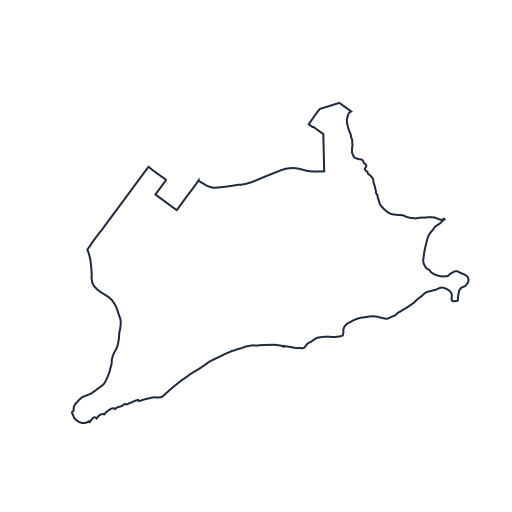 South Perth, Western Australia, Australia, rotated 261°
{"feature_id": "25037944B33468423524116", "entity_name": "South Perth", "entity_type": "district", "adm_level": 2, "iso_a3": "AUS", "parent_name": "Australia", "parent_adm1": "Western Australia", "projection": "albers", "projection_center": [115.863, -31.999], "detail": "fine", "context": "isolated", "style": "outline", "palette": "slate", "viewbox_px": 512, "rotation_deg": 261, "n_neighbors": 0, "source": "geoboundaries", "source_scale": "gbopen_adm2", "svg_char_len": 6061}
<svg xmlns="http://www.w3.org/2000/svg" viewBox="0 0 512 512"><g transform="rotate(261 256 256)"><path d="M389.6,340.1L378.6,329.3L377.8,328.7L374.5,332.0L374.5,333.1L374.2,333.2L367.7,339.7L366.0,341.6L350.6,339.5L328.9,336.6L330.1,328.1L330.9,324.0L331.5,321.6L332.3,319.3L333.2,317.2L335.5,312.1L336.6,308.5L337.1,306.6L337.4,303.5L337.5,301.2L337.5,299.5L337.1,296.0L336.8,294.1L332.5,275.1L332.0,273.3L330.0,265.0L329.3,261.2L328.9,257.7L328.8,255.7L328.7,251.7L329.1,250.6L329.1,243.2L329.2,235.5L329.9,225.3L330.7,222.9L331.8,220.5L333.1,218.4L336.0,215.0L337.0,213.9L337.1,213.5L337.4,213.1L339.3,211.3L339.8,211.3L338.9,210.5L333.0,204.6L326.1,197.4L313.7,184.9L318.0,180.5L332.5,166.3L344.8,178.8L345.4,178.9L345.9,178.5L356.8,167.5L360.9,163.8L360.5,163.3L307.5,109.4L306.2,108.2L304.0,105.6L296.4,97.7L293.2,94.6L292.9,94.6L288.8,90.5L284.4,91.3L281.2,91.6L280.5,91.6L277.6,91.8L269.3,91.4L263.3,90.8L259.9,90.1L255.6,90.1L251.7,91.2L248.3,93.6L245.8,95.7L238.5,104.0L237.5,104.7L236.6,105.5L235.7,106.3L234.2,107.2L233.1,107.7L230.1,109.1L228.9,109.4L227.8,109.8L226.7,110.1L214.8,112.2L213.4,112.2L209.8,111.7L208.9,111.5L204.3,110.1L203.8,109.9L202.5,109.2L201.0,108.8L196.2,107.8L191.9,106.3L191.1,106.1L189.2,105.2L187.0,104.1L185.7,103.2L183.8,101.6L182.2,100.5L179.4,98.7L178.7,98.5L176.2,97.4L172.5,96.6L170.4,95.8L167.9,94.6L166.4,94.0L164.2,93.0L161.5,91.5L160.4,90.8L158.2,89.5L155.0,87.2L153.5,85.8L152.4,84.2L149.4,78.4L148.2,76.3L147.0,73.7L146.0,71.8L145.0,67.9L144.0,63.2L143.7,62.1L143.5,61.8L141.3,58.3L140.9,58.0L138.9,55.4L137.5,53.8L135.7,52.6L133.8,52.0L133.1,52.0L132.3,51.8L131.7,51.5L131.4,51.2L130.7,50.0L130.5,49.8L129.8,49.8L127.6,50.2L126.8,50.6L126.5,50.6L126.1,50.8L124.8,51.0L123.7,51.6L121.4,53.4L119.7,55.3L119.2,56.1L118.5,57.7L118.2,58.6L117.9,60.4L117.9,62.1L118.2,63.4L118.7,64.4L118.9,64.8L117.9,65.4L117.8,65.7L119.1,66.8L121.1,69.2L122.0,70.7L122.0,71.2L121.8,71.8L121.0,72.7L120.4,73.1L120.6,73.4L121.8,74.5L122.9,75.9L123.7,77.9L123.9,78.7L123.9,79.7L123.9,80.3L123.8,80.6L123.4,80.9L123.3,81.4L123.3,81.6L123.6,81.9L124.5,82.6L125.3,83.8L126.6,86.2L127.4,88.0L127.8,89.1L128.0,90.5L128.0,91.4L127.9,91.9L127.7,92.0L127.4,92.0L127.1,92.3L126.9,92.8L127.0,93.0L128.0,94.9L128.2,95.4L128.4,96.3L128.6,98.9L128.8,99.5L129.1,100.8L129.7,101.7L130.4,103.4L130.3,103.8L129.7,104.7L129.6,104.9L129.7,105.1L130.7,109.5L131.4,111.9L132.1,115.0L132.3,116.7L132.3,117.0L131.5,117.2L131.4,117.3L131.2,117.5L131.0,118.2L131.7,122.3L132.4,130.5L132.3,131.9L132.4,132.7L132.3,133.5L132.3,133.8L132.2,134.4L131.9,135.4L131.5,137.8L131.4,139.9L131.6,141.0L132.7,143.1L133.8,144.6L139.5,153.6L142.6,159.0L145.0,163.3L146.6,166.8L147.1,167.7L148.2,170.0L149.0,171.4L149.4,172.2L150.1,173.7L153.3,181.7L154.5,184.5L158.5,192.5L159.5,195.0L160.5,198.4L161.4,201.2L162.3,204.6L163.9,209.4L164.3,211.0L165.0,213.9L166.0,217.5L166.1,219.7L166.9,223.1L167.1,226.3L167.3,227.7L168.0,230.4L168.2,232.3L168.3,237.7L168.1,240.1L167.3,242.7L167.4,244.1L167.2,246.5L166.8,250.2L166.2,254.9L165.9,257.3L165.5,260.0L165.1,261.5L164.0,265.4L163.5,266.8L162.1,269.0L162.9,269.2L161.9,272.0L160.6,276.5L159.4,279.4L158.7,281.8L158.4,283.6L158.4,284.7L157.8,286.1L157.6,287.6L157.8,288.7L158.2,289.8L161.2,292.9L161.9,294.1L162.3,295.9L162.8,297.2L165.2,302.1L165.7,304.3L165.6,309.2L165.5,311.5L164.8,315.9L164.4,317.3L163.9,319.4L163.6,320.9L163.6,324.2L163.5,325.5L163.4,325.9L163.7,328.0L164.0,329.2L164.5,329.5L165.9,330.0L166.5,330.3L167.4,330.5L168.1,330.5L169.7,330.8L171.9,331.9L172.6,332.5L173.3,333.2L173.8,334.1L175.0,335.6L175.8,338.1L176.1,339.2L176.7,340.7L177.3,342.3L178.1,345.4L178.6,349.5L178.5,357.2L178.5,359.9L178.0,362.9L177.2,365.9L175.7,369.3L174.0,373.6L173.7,374.6L173.6,376.0L173.9,377.7L174.9,381.0L175.5,383.9L176.2,385.1L177.1,386.3L178.1,388.0L178.4,389.4L179.9,392.8L180.7,395.1L182.3,398.7L184.2,402.7L185.4,405.2L186.1,405.8L187.4,407.7L189.5,411.3L190.6,413.6L192.4,416.1L193.4,418.1L194.0,420.8L194.0,422.8L194.5,427.0L194.5,428.1L195.7,432.5L195.8,434.0L195.5,435.5L195.2,436.4L193.7,439.0L192.4,440.6L190.5,442.4L188.4,443.2L186.8,443.3L185.3,443.1L183.2,442.4L181.7,442.5L180.9,442.8L180.5,443.6L180.4,444.6L180.1,446.8L180.2,447.7L180.6,448.3L181.5,448.8L182.6,448.9L185.1,449.4L189.8,451.2L190.5,451.6L192.8,454.1L192.9,455.4L193.6,457.7L194.2,458.7L195.9,460.5L197.1,461.5L199.1,462.2L200.8,462.1L201.8,461.9L202.8,461.3L204.0,460.3L205.3,458.7L206.6,456.6L207.4,455.2L209.3,452.7L209.7,451.5L209.7,449.8L209.0,447.6L208.4,445.8L207.3,443.9L206.3,442.5L206.2,440.8L206.5,437.9L206.9,435.7L207.9,433.2L208.9,431.2L210.2,429.0L211.5,427.5L212.8,426.2L214.2,425.6L215.3,424.8L216.4,423.2L217.5,422.1L219.2,421.4L221.4,420.7L223.2,420.3L225.3,420.4L230.2,421.8L234.1,423.0L235.9,423.7L238.6,424.7L239.7,425.2L246.7,428.2L249.3,429.7L251.3,431.5L254.7,435.3L256.4,436.8L257.5,438.6L259.2,442.4L260.1,443.9L261.8,446.0L262.3,447.5L262.8,448.0L263.3,447.6L263.1,446.5L262.8,445.8L262.7,444.9L263.3,443.1L265.3,439.8L266.3,437.8L266.8,435.5L267.3,432.9L267.5,428.8L268.1,425.0L268.2,423.0L268.1,421.6L268.2,419.4L269.5,414.4L270.8,411.3L272.0,409.3L273.0,408.0L273.7,405.8L274.2,403.2L275.4,398.6L276.2,396.5L277.5,394.2L278.8,392.9L281.8,390.1L285.4,387.6L288.0,386.5L293.0,385.7L293.9,385.4L295.5,385.5L297.2,385.4L299.1,384.5L299.7,384.4L300.3,384.4L301.5,384.6L302.2,384.6L304.0,384.3L306.0,384.3L309.8,383.6L312.7,383.7L314.1,383.5L315.0,383.2L317.9,381.3L319.6,379.6L320.4,379.3L321.5,379.3L322.0,379.0L322.6,378.3L323.7,377.4L324.7,377.1L325.2,377.1L325.7,377.5L325.9,377.8L327.1,378.9L327.6,379.0L328.3,379.0L328.8,378.8L329.7,378.4L330.3,377.6L331.3,377.1L333.6,376.4L334.3,375.9L334.7,375.4L336.0,371.6L337.0,370.0L337.8,368.8L338.4,368.3L338.8,368.1L342.6,367.1L343.8,367.1L347.4,367.7L348.5,368.0L349.4,368.4L350.5,368.8L351.5,368.7L354.0,368.9L355.7,369.2L356.5,368.9L358.6,368.5L360.8,368.6L367.2,367.2L372.9,366.7L376.4,367.0L380.8,368.9L382.3,369.8L382.8,370.4L383.2,370.9L383.9,372.6L394.2,362.3L391.4,342.9L391.2,342.1L389.6,340.1Z" fill="none" stroke="#1e293b" stroke-width="2"/></g></svg>